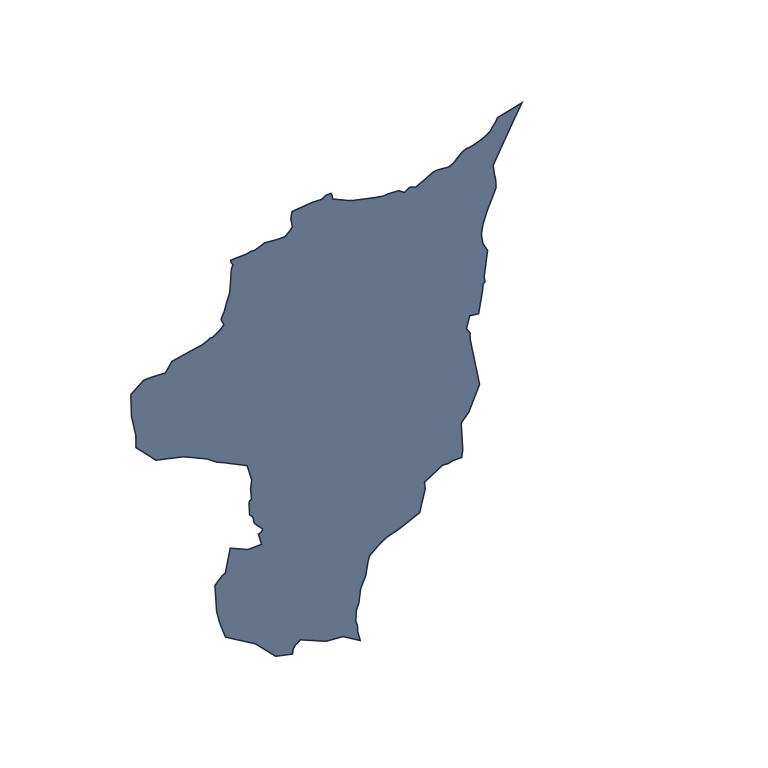 San Simón de Guerrero, México, Mexico, rotated 324°
{"feature_id": "50627088B53955228547607", "entity_name": "San Simón de Guerrero", "entity_type": "district", "adm_level": 2, "iso_a3": "MEX", "parent_name": "Mexico", "parent_adm1": "México", "projection": "mercator", "projection_center": [-100.037, 18.972], "detail": "fine", "context": "isolated", "style": "filled", "palette": "slate", "viewbox_px": 768, "rotation_deg": 324, "n_neighbors": 0, "source": "geoboundaries", "source_scale": "gbopen_adm2", "svg_char_len": 3867}
<svg xmlns="http://www.w3.org/2000/svg" viewBox="0 0 768 768"><g transform="rotate(324 384 384)"><path d="M569.1,304.7L574.3,301.3L579.5,298.0L584.7,294.6L589.9,291.2L593.3,286.3L595.6,282.2L596.3,279.8L598.6,275.5L600.8,271.3L623.7,258.3L646.6,245.4L661.0,237.6L632.3,235.2L630.0,236.6L627.7,237.8L624.7,239.0L622.0,240.1L619.4,241.6L616.8,242.2L614.0,242.8L610.8,243.1L607.0,243.5L602.2,243.4L596.3,243.2L591.7,242.7L589.5,242.0L587.2,242.1L584.4,242.2L581.4,242.7L578.2,243.7L575.7,244.3L572.7,245.3L569.5,246.2L566.7,246.4L564.0,246.3L562.0,245.8L559.4,244.7L556.7,243.6L553.6,242.5L551.6,241.9L548.9,241.6L547.8,241.4L543.5,241.9L537.6,242.5L531.7,242.9L525.4,243.4L522.2,240.9L521.2,240.3L520.0,239.9L513.2,241.1L509.6,236.3L504.3,234.4L499.1,232.6L493.6,231.5L489.5,229.2L488.9,229.2L482.5,225.8L477.8,223.2L476.3,222.4L474.8,221.6L472.7,220.5L470.0,219.0L469.1,218.5L468.7,218.3L467.1,217.5L466.1,216.9L464.9,215.7L464.1,215.6L459.1,211.1L451.2,204.1L452.9,200.9L453.2,198.6L448.1,197.2L442.0,198.0L433.2,195.0L427.6,193.8L422.1,192.7L416.5,191.5L411.0,190.4L405.6,195.6L402.2,203.1L396.6,205.1L390.3,206.6L381.4,203.9L375.1,201.4L370.1,199.5L364.6,199.9L358.9,199.8L356.5,199.5L354.6,198.4L349.3,198.1L342.0,196.1L332.7,193.7L331.6,196.3L331.9,198.7L329.1,200.6L327.8,201.7L325.7,204.0L321.6,209.0L318.2,213.1L314.4,217.7L312.6,219.6L307.9,223.1L304.2,225.8L297.5,231.3L293.7,233.6L290.4,235.7L289.7,237.9L289.5,240.7L289.0,242.0L286.8,242.7L283.7,243.8L279.2,244.5L272.4,245.6L270.3,244.6L267.5,245.2L259.6,245.4L253.4,244.5L247.3,243.7L238.1,242.6L232.0,241.8L225.9,241.0L219.7,243.8L213.5,246.5L207.9,244.6L199.5,241.7L191.7,239.7L182.4,241.7L172.9,243.8L167.1,252.3L163.5,257.6L160.5,262.0L156.7,271.0L152.9,279.9L150.3,283.6L145.9,289.7L149.2,297.8L152.7,306.4L154.7,311.6L160.1,314.6L165.5,317.5L170.8,320.5L178.9,325.0L184.9,330.1L189.6,334.3L196.7,340.5L200.3,345.5L202.9,349.1L208.7,354.0L213.7,358.8L217.5,362.3L222.7,367.2L225.2,369.6L223.4,375.3L220.6,383.8L214.6,390.2L209.0,399.3L208.3,399.4L206.9,399.5L206.1,399.9L205.5,400.3L205.1,400.8L204.1,402.0L202.2,404.9L201.2,406.4L199.5,409.1L198.4,410.4L198.4,410.8L199.0,412.5L199.4,413.5L199.5,414.4L199.5,415.1L199.3,415.7L198.1,418.1L197.4,419.8L197.5,420.8L197.8,422.2L198.4,424.1L199.1,425.9L200.3,429.2L200.3,430.2L199.7,430.9L198.9,431.0L197.3,431.6L194.5,431.8L194.2,431.6L190.6,441.7L183.6,439.8L176.6,437.9L169.2,431.6L163.1,426.4L158.7,430.5L154.4,434.5L148.9,439.6L144.3,443.8L140.8,443.9L134.8,445.7L128.8,447.6L125.7,452.5L122.6,457.4L118.0,464.7L114.9,469.5L113.3,473.8L111.8,477.6L110.8,480.3L109.5,484.9L107.8,492.2L107.0,495.6L113.4,503.0L118.2,508.4L124.5,515.5L127.3,518.7L129.5,524.1L131.8,529.6L134.0,535.1L136.3,540.6L144.2,544.9L151.3,548.7L154.4,545.3L159.0,543.0L162.1,542.8L165.9,541.7L170.3,545.4L174.8,549.0L179.3,552.7L186.0,558.2L194.2,561.2L202.4,564.3L208.2,570.9L214.0,577.6L217.4,568.4L218.8,566.6L220.6,563.8L221.8,559.3L226.2,553.8L228.5,551.0L235.2,546.2L240.2,540.8L244.7,536.0L251.6,531.5L256.9,528.1L261.5,523.5L266.6,518.4L271.4,514.5L280.3,512.4L287.6,510.7L296.5,509.6L302.9,509.9L310.2,510.2L318.7,509.9L324.7,509.6L331.0,509.3L337.3,509.1L342.1,504.8L347.0,500.6L352.6,495.8L355.8,493.0L359.0,487.3L365.2,486.5L371.3,485.7L377.5,484.9L383.6,484.1L389.0,486.1L395.1,486.6L401.1,488.3L403.6,489.2L409.1,483.5L412.3,478.5L415.5,473.5L420.4,465.9L423.6,460.9L429.7,458.8L435.8,456.8L443.4,451.9L448.5,448.6L453.5,445.4L461.1,440.5L463.5,435.2L465.9,430.0L468.2,424.7L470.6,419.4L473.0,414.2L475.3,408.9L480.1,398.4L483.7,393.2L483.3,387.7L488.4,383.5L493.5,379.2L501.9,382.8L507.3,377.5L510.1,374.7L512.3,372.6L518.3,366.7L523.1,361.3L525.9,360.6L528.1,356.1L533.9,350.0L537.8,345.9L542.2,341.2L546.4,336.8L546.6,328.5L549.8,322.0L551.1,319.8L555.1,315.8L558.3,312.7L563.7,308.7L569.1,304.7Z" fill="#64748b" stroke="#1e293b" stroke-width="1.5"/></g></svg>